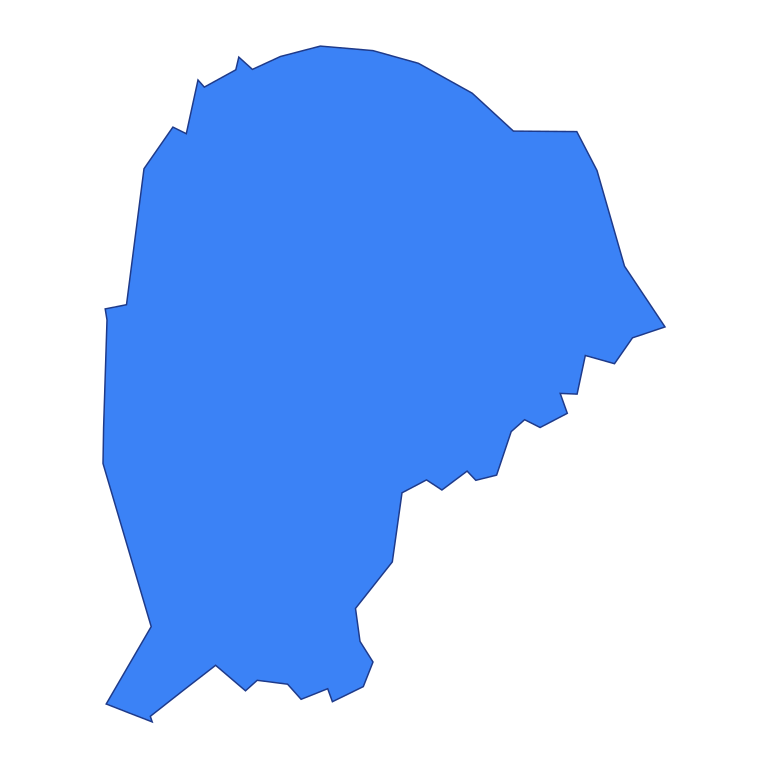 Fentress, Tennessee, United States of America
{"feature_id": "52423323B70969793356502", "entity_name": "Fentress", "entity_type": "district", "adm_level": 2, "iso_a3": "USA", "parent_name": "United States of America", "parent_adm1": "Tennessee", "projection": "mercator", "projection_center": [-84.916, 36.357], "detail": "fine", "context": "isolated", "style": "filled", "palette": "blue", "viewbox_px": 768, "rotation_deg": 0, "n_neighbors": 0, "source": "geoboundaries", "source_scale": "gbopen_adm2", "svg_char_len": 806}
<svg xmlns="http://www.w3.org/2000/svg" viewBox="0 0 768 768"><path d="M614.5,363.7L632.5,337.8L665.0,326.9L624.5,266.2L597.0,170.5L576.8,131.6L513.4,131.1L472.2,93.2L418.4,63.3L372.9,50.6L320.3,46.1L280.4,56.5L252.4,69.4L238.8,57.1L235.8,69.8L204.3,87.1L198.0,80.0L186.3,133.7L172.9,127.1L144.0,168.7L126.5,304.7L105.2,308.9L107.0,320.0L103.6,427.6L103.0,463.5L151.2,626.6L106.2,704.0L129.7,713.2L152.2,721.9L150.3,716.3L182.6,690.9L215.6,665.3L245.5,690.8L257.2,680.3L287.6,684.2L301.1,699.3L327.7,688.7L332.4,701.7L363.3,686.6L373.0,662.0L360.0,641.4L355.5,608.4L392.3,561.9L402.0,492.8L426.5,479.9L441.9,490.0L467.1,471.1L475.8,480.3L496.6,475.1L511.2,431.6L524.6,419.7L540.1,427.5L567.3,413.3L560.2,393.4L577.1,394.1L585.3,355.5L614.5,363.7Z" fill="#3b82f6" stroke="#1e3a8a" stroke-width="1.5"/></svg>